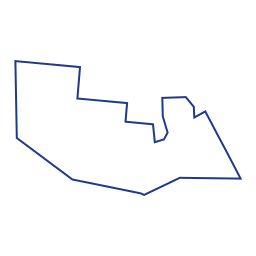 51, Ar Rayyān, Qatar (Robinson projection)
{"feature_id": "91078587B34371380976540", "entity_name": "51", "entity_type": "district", "adm_level": 2, "iso_a3": "QAT", "parent_name": "Qatar", "parent_adm1": "Ar Rayyān", "projection": "robinson", "projection_center": [51.403, 25.348], "detail": "fine", "context": "isolated", "style": "outline", "palette": "blue", "viewbox_px": 256, "rotation_deg": 0, "n_neighbors": 0, "source": "geoboundaries", "source_scale": "gbopen_adm2", "svg_char_len": 425}
<svg xmlns="http://www.w3.org/2000/svg" viewBox="0 0 256 256"><path d="M15.4,61.1L16.8,138.0L72.4,179.5L140.8,193.4L144.1,194.9L179.8,177.8L240.6,178.6L226.2,151.0L218.2,136.0L205.5,111.8L205.3,111.4L194.3,117.5L193.8,106.8L185.8,97.1L162.3,97.9L162.8,116.4L167.6,132.6L163.9,139.4L154.8,142.2L153.0,124.3L125.5,121.7L127.1,103.1L77.4,98.5L80.0,67.1L18.4,61.4L15.4,61.1Z" fill="none" stroke="#1e3a8a" stroke-width="2"/></svg>